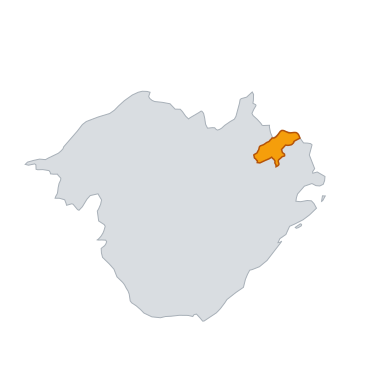 Cambodia, with Takêv highlighted, rotated 238°
{"feature_id": "KHM-1802", "entity_name": "Takêv", "entity_type": "Province", "adm_level": 1, "iso_a3": "KHM", "parent_name": "Cambodia", "parent_adm1": "", "projection": "equal_earth", "projection_center": [104.777, 10.935], "detail": "fine", "context": "in_parent", "style": "filled", "palette": "amber", "viewbox_px": 384, "rotation_deg": 238, "n_neighbors": 0, "source": "natural_earth", "source_scale": "10m", "svg_char_len": 4142}
<svg xmlns="http://www.w3.org/2000/svg" viewBox="0 0 384 384"><g transform="rotate(238 192 192)"><path d="M303.8,65.2L304.5,68.4L302.7,74.5L300.7,80.1L297.1,84.9L296.9,88.5L295.7,99.2L296.2,102.6L297.0,105.5L298.3,107.1L301.5,117.5L304.4,127.0L307.3,134.8L307.8,139.8L305.3,152.3L302.2,163.8L302.5,169.6L303.9,175.3L305.3,183.0L305.9,192.8L305.1,199.2L303.8,203.2L301.1,207.2L298.8,209.3L296.0,205.9L293.8,205.7L290.8,206.7L288.5,208.3L283.8,214.3L278.5,220.1L271.2,221.6L268.4,225.9L265.3,226.5L259.6,226.8L255.8,227.8L256.0,229.9L255.7,240.2L255.8,242.6L255.2,243.2L252.6,243.5L248.2,242.0L242.2,239.4L237.9,239.0L235.7,243.5L234.4,245.3L232.8,245.5L231.1,246.3L230.5,248.3L230.4,250.8L231.2,255.1L231.5,261.9L231.3,266.5L232.9,269.4L242.1,279.3L244.8,281.7L245.1,283.2L243.5,288.6L244.9,296.1L242.1,295.9L237.3,292.7L235.0,290.7L232.2,292.3L231.3,292.0L229.4,288.3L226.9,284.5L224.4,284.3L219.1,285.8L213.6,286.8L211.5,286.8L210.7,287.5L207.5,293.1L206.2,292.1L200.7,290.0L195.7,289.2L194.7,290.6L195.3,295.2L196.4,299.7L195.7,301.6L193.0,304.0L189.3,308.2L187.1,311.5L185.5,312.3L180.0,312.2L174.5,312.6L172.3,315.8L170.2,318.2L168.4,318.8L161.2,311.1L146.8,308.4L145.3,305.0L143.9,304.4L142.6,308.8L134.7,313.0L131.4,310.5L129.0,307.4L129.4,303.6L131.7,300.5L135.6,298.2L137.4,290.4L134.4,280.5L131.8,277.5L129.1,275.2L126.2,279.0L123.7,285.3L121.2,288.6L117.6,289.3L112.3,289.0L110.3,279.6L109.6,271.4L110.4,262.1L111.2,256.6L106.2,249.1L105.9,241.8L103.5,238.1L102.7,240.0L102.8,242.1L102.1,240.6L94.2,219.4L92.9,209.6L94.3,202.0L95.1,199.5L92.8,195.5L89.6,191.0L83.9,185.1L83.5,175.8L82.3,164.7L80.6,161.0L78.0,154.2L76.6,148.6L76.2,133.8L76.9,132.6L80.9,132.1L86.1,131.1L86.9,128.7L86.0,126.7L89.4,123.3L94.1,116.0L97.8,108.3L100.5,103.4L102.1,98.6L107.4,91.8L114.8,87.1L119.8,86.0L125.0,84.4L130.0,82.1L132.4,81.9L138.6,84.6L141.9,85.3L145.4,85.3L149.1,85.6L152.2,85.3L159.8,83.4L167.9,84.9L175.0,83.7L183.9,81.5L188.3,82.9L192.3,85.1L192.8,89.6L193.8,91.7L195.1,93.3L196.9,93.3L199.1,90.1L201.0,86.9L201.6,86.3L201.7,87.9L202.7,91.4L204.4,94.8L206.1,97.1L208.9,100.2L210.8,100.3L216.9,97.5L226.0,101.6L227.1,103.8L230.0,108.0L233.2,111.1L240.3,111.3L242.9,103.8L241.6,99.2L237.6,91.2L236.4,86.5L237.7,85.6L244.6,84.7L245.7,83.8L247.2,78.6L249.1,79.2L252.9,79.9L256.9,76.3L259.3,72.6L260.6,74.3L262.0,76.9L263.6,78.4L266.5,80.7L269.7,83.8L271.7,86.9L273.3,88.1L277.3,87.3L278.4,87.4L280.8,83.6L282.4,81.6L283.8,82.2L285.9,82.1L290.1,77.3L292.6,73.0L293.9,71.8L297.7,74.0L299.2,73.5L301.4,67.5L303.8,65.2ZM107.6,267.0L106.9,267.6L106.1,267.6L105.4,266.7L105.4,263.3L106.0,261.2L107.3,260.8L107.6,267.0ZM119.6,300.6L118.0,302.9L115.4,298.2L115.4,296.9L119.6,300.6Z" fill="#d9dde1" stroke="#a8b0b8" stroke-width="1"/><path d="M195.4,288.5L195.0,289.0L194.5,289.9L194.2,290.8L194.3,292.9L195.0,295.1L196.6,299.0L196.6,300.9L195.5,302.3L191.2,305.2L190.7,305.8L190.1,306.6L188.3,310.3L187.3,311.7L185.7,312.6L183.7,312.7L181.5,312.3L180.5,312.1L180.5,311.7L180.9,306.5L180.8,305.2L180.7,305.1L180.6,304.9L180.3,304.8L179.9,304.2L179.4,302.0L179.5,301.0L180.3,298.9L180.7,298.1L181.1,297.5L182.2,296.2L180.6,290.5L178.1,289.7L177.4,289.6L176.5,290.0L175.1,290.5L173.7,289.8L173.6,289.7L173.6,289.3L174.1,287.4L174.1,286.7L174.0,286.3L173.9,286.1L173.4,282.8L173.3,282.4L172.8,281.8L172.3,281.4L171.4,281.1L170.0,280.7L169.6,280.5L169.2,280.1L169.0,279.7L168.9,279.2L168.8,278.7L168.9,276.7L170.4,277.5L170.9,277.6L172.2,277.6L172.7,277.7L173.1,277.9L174.1,278.7L174.4,278.8L176.6,278.7L176.8,278.7L177.1,278.5L177.3,278.3L177.8,278.2L179.3,278.0L179.3,275.1L179.7,272.5L180.0,270.7L180.6,265.7L180.7,265.0L181.1,264.5L182.4,262.9L183.6,263.9L184.0,264.0L184.4,263.7L185.0,263.6L186.4,263.5L187.7,263.0L188.0,263.0L188.4,263.2L188.5,263.3L190.3,263.9L190.6,264.0L190.8,264.4L190.7,267.1L190.8,268.0L190.9,268.4L191.1,268.6L191.4,268.8L192.3,270.6L192.8,271.3L193.7,272.2L194.5,273.0L194.8,273.9L194.9,274.4L194.3,277.2L194.2,278.7L194.4,281.5L194.1,283.4L194.1,284.6L194.2,284.9L194.3,285.0L194.5,285.4L194.6,285.8L195.0,287.7L195.1,287.9L195.2,288.1L195.4,288.5L195.4,288.5Z" fill="#f59e0b" stroke="#b45309" stroke-width="1.5"/></g></svg>